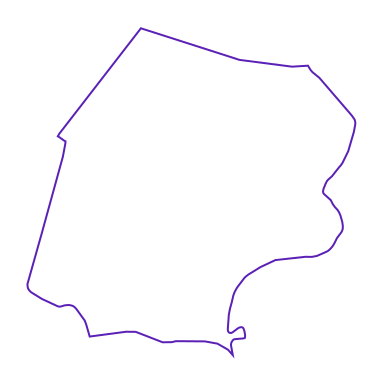 Ar Raqqah, Robinson projection, rotated 183°
{"feature_id": "SYR-136", "entity_name": "Ar Raqqah", "entity_type": "Province", "adm_level": 1, "iso_a3": "SYR", "parent_name": "Syria", "parent_adm1": "", "projection": "robinson", "projection_center": [38.68, 35.997], "detail": "fine", "context": "isolated", "style": "outline", "palette": "violet", "viewbox_px": 384, "rotation_deg": 183, "n_neighbors": 0, "source": "natural_earth", "source_scale": "10m", "svg_char_len": 1688}
<svg xmlns="http://www.w3.org/2000/svg" viewBox="0 0 384 384"><g transform="rotate(183 192 192)"><path d="M240.9,49.4L250.5,49.0L286.6,42.3L290.8,54.4L292.4,58.0L301.5,69.3L303.9,71.4L305.4,72.1L307.2,72.5L309.1,72.7L312.4,72.3L313.9,71.9L316.7,70.9L317.4,70.7L318.2,70.6L319.1,70.6L320.0,70.8L336.4,77.4L347.5,83.5L349.5,85.4L350.7,87.2L350.9,87.9L351.2,88.7L351.5,91.5L340.0,142.3L322.8,220.5L321.0,233.8L321.0,236.0L322.2,236.5L327.5,239.9L328.9,240.6L327.4,243.5L251.6,352.8L151.4,326.4L98.7,322.4L82.8,324.2L80.0,320.1L77.9,317.9L70.8,312.7L36.4,276.7L33.8,273.4L33.3,272.6L33.0,271.7L32.6,270.2L32.5,269.1L32.5,268.1L33.5,260.5L38.1,241.0L43.2,229.0L44.8,226.4L45.7,225.2L46.2,224.7L53.0,215.1L56.6,211.5L57.5,210.4L57.9,209.8L59.2,206.8L60.0,204.2L60.3,203.6L60.6,202.7L60.9,201.6L61.2,199.3L60.9,198.1L60.3,197.1L53.2,191.3L53.0,191.2L50.8,187.3L48.4,184.3L45.8,181.8L44.2,179.6L42.6,176.5L40.4,170.1L39.7,166.6L39.5,164.0L39.7,162.4L40.1,161.0L40.8,159.5L44.8,153.6L47.0,148.5L48.6,145.4L50.6,142.8L52.5,140.8L53.5,140.0L56.5,138.4L63.9,134.7L68.8,133.5L75.5,133.2L105.1,128.4L119.7,120.6L131.4,112.5L133.6,110.6L135.2,108.9L142.0,98.9L144.1,94.6L145.3,90.9L146.6,83.6L148.0,77.3L148.8,71.2L149.1,56.7L148.9,55.9L148.8,55.2L148.5,54.5L148.1,54.0L147.5,53.5L146.7,53.3L146.0,53.2L145.2,53.4L144.0,54.1L139.6,57.8L137.9,59.0L136.4,59.5L135.6,59.6L134.9,59.5L134.2,59.2L133.7,58.8L133.1,57.6L132.4,55.9L131.5,52.1L131.4,50.2L131.6,49.0L132.2,48.7L132.9,48.5L141.9,47.2L142.8,46.8L143.6,45.9L144.7,44.0L145.0,42.7L145.1,41.6L145.0,40.8L142.7,31.2L147.8,36.4L158.7,41.9L171.3,43.5L200.3,42.2L204.2,41.0L213.5,40.4L240.9,49.4Z" fill="none" stroke="#5b21b6" stroke-width="2"/></g></svg>